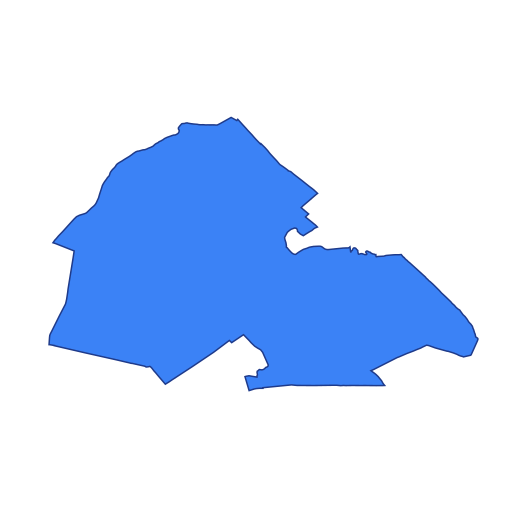 Halchiu, Brasov, Romania (Robinson projection), rotated 175°
{"feature_id": "2599482B28757811683034", "entity_name": "Halchiu", "entity_type": "district", "adm_level": 2, "iso_a3": "ROU", "parent_name": "Romania", "parent_adm1": "Brasov", "projection": "robinson", "projection_center": [25.516, 45.765], "detail": "fine", "context": "isolated", "style": "filled", "palette": "blue", "viewbox_px": 512, "rotation_deg": 175, "n_neighbors": 0, "source": "geoboundaries", "source_scale": "gbopen_adm2", "svg_char_len": 6052}
<svg xmlns="http://www.w3.org/2000/svg" viewBox="0 0 512 512"><g transform="rotate(175 256 256)"><path d="M317.8,394.3L318.4,394.2L319.8,393.0L320.9,391.9L321.7,391.0L322.2,390.3L322.2,389.4L322.1,388.9L322.0,388.5L321.7,388.3L321.6,388.1L321.5,387.6L321.7,386.9L322.2,385.8L322.7,385.2L323.3,384.7L324.6,384.1L325.5,383.7L326.4,383.6L327.2,383.7L329.2,383.3L330.6,382.9L334.1,382.0L336.3,381.2L336.8,381.0L337.2,380.8L338.2,380.1L341.0,378.8L342.3,378.4L342.7,378.2L343.2,377.8L343.6,377.5L345.7,376.7L346.5,376.3L348.0,375.2L348.5,374.7L349.4,374.2L351.5,373.4L354.0,372.7L355.5,372.1L357.4,371.6L357.9,371.6L359.3,371.6L359.9,371.5L363.4,370.8L365.1,370.7L366.5,370.3L367.9,369.6L369.8,368.5L370.8,367.8L371.9,367.2L373.4,366.3L378.5,363.8L381.5,362.2L383.5,361.3L385.4,360.3L386.6,359.5L387.1,359.0L387.7,358.3L388.2,357.4L388.5,357.2L390.1,355.7L391.4,354.7L392.8,353.2L393.7,352.1L394.1,351.4L394.8,349.7L395.2,348.8L395.9,348.1L397.1,347.1L397.9,346.0L400.4,343.2L401.8,341.3L402.9,339.6L404.2,336.4L406.3,331.5L407.8,327.6L410.6,322.7L411.7,321.3L413.0,320.1L414.1,319.3L415.1,318.6L415.7,318.2L419.6,315.0L420.2,314.5L421.2,313.8L421.8,313.5L422.7,313.2L428.3,312.0L431.4,310.8L434.0,308.7L439.2,303.9L446.4,297.2L451.0,293.2L453.5,290.7L455.0,289.4L457.1,286.9L454.5,285.8L436.7,276.9L438.5,269.5L446.1,239.5L446.7,236.5L448.4,229.5L449.3,226.6L450.0,224.7L457.0,213.7L465.8,199.3L467.7,196.3L468.4,194.8L468.8,192.8L469.9,185.7L469.1,185.6L464.6,184.4L464.7,184.2L458.5,182.2L435.2,174.6L403.7,164.6L394.6,161.6L391.8,160.7L389.6,159.9L389.0,159.9L377.3,156.2L376.2,155.8L375.6,155.3L375.1,155.0L373.7,155.0L372.2,155.1L371.4,155.3L370.8,154.9L369.5,153.3L367.2,149.7L366.7,149.2L366.2,148.5L362.8,143.6L357.5,136.2L353.5,138.2L350.5,139.9L329.0,151.4L306.6,163.8L289.9,174.2L287.8,171.8L275.3,178.7L270.1,172.3L268.5,170.1L265.2,166.3L262.4,164.1L259.6,162.2L257.8,159.5L253.3,146.4L253.6,145.3L255.0,144.3L255.9,144.2L256.2,144.0L256.8,143.4L257.5,142.9L257.9,142.6L259.0,142.2L259.8,142.1L260.3,142.1L261.0,142.2L262.4,142.6L262.6,142.6L264.5,141.2L264.8,141.1L265.1,140.1L264.9,137.4L265.1,137.1L265.4,136.7L265.6,135.3L270.8,136.6L272.9,137.2L273.6,137.3L275.6,137.1L276.0,137.1L277.5,136.8L274.6,122.5L269.2,123.7L267.1,123.9L263.9,123.9L260.6,123.6L260.6,124.2L242.5,124.4L231.9,124.5L226.5,123.5L209.5,121.9L191.6,120.6L186.9,120.2L183.2,119.5L181.5,119.4L180.6,119.5L177.9,119.1L170.9,118.6L162.6,117.8L158.8,117.5L147.6,116.4L139.8,115.8L139.1,115.8L140.0,117.1L140.7,118.3L141.8,120.8L144.2,124.3L144.7,125.1L146.6,127.3L147.8,128.5L148.8,129.4L150.6,130.9L151.5,131.7L148.9,132.6L124.0,142.6L122.4,143.0L114.3,145.7L107.5,147.6L104.2,148.7L100.7,149.7L99.5,150.1L98.2,150.7L93.8,152.3L91.7,151.7L90.8,151.3L85.4,148.8L74.2,144.6L72.9,144.3L68.0,142.3L64.3,140.5L62.8,139.5L61.0,138.6L59.0,137.9L58.1,137.4L50.9,138.4L50.3,138.8L42.7,152.4L42.2,153.7L42.1,154.0L42.4,154.8L44.2,156.3L44.5,159.1L44.9,160.1L45.7,163.9L46.2,165.1L46.3,166.0L46.7,167.4L47.2,168.1L47.5,168.7L48.0,169.5L49.2,170.9L49.9,171.9L50.7,173.5L51.1,174.4L52.3,176.3L53.0,177.4L54.9,179.5L55.5,180.5L57.4,183.7L57.7,184.3L59.4,185.6L60.3,186.5L61.2,187.4L61.8,188.3L62.7,189.6L64.1,191.0L65.0,192.0L65.6,193.0L66.0,193.5L66.5,194.1L69.9,198.0L74.5,203.1L76.5,205.8L82.1,212.4L84.6,215.1L86.1,216.5L86.8,217.5L88.5,219.3L88.9,220.1L103.8,236.2L104.6,236.8L105.1,237.5L105.5,237.8L105.7,238.3L107.0,239.4L107.2,239.8L107.7,240.2L108.1,240.9L108.7,241.7L109.0,241.7L109.3,242.0L109.5,242.5L109.8,242.7L109.9,242.9L110.1,243.1L110.5,243.8L111.2,244.8L113.3,244.8L116.9,245.1L119.7,245.2L126.5,245.2L127.7,244.9L128.9,244.7L131.1,244.8L134.2,244.9L136.2,244.8L136.4,244.9L136.5,245.7L136.5,247.0L136.8,247.0L137.3,247.0L137.7,247.1L138.0,247.5L138.3,247.6L139.0,247.7L139.8,248.1L140.6,248.5L141.0,248.7L141.4,249.3L141.6,249.5L142.1,249.9L142.9,250.1L143.3,250.3L143.9,250.8L144.4,251.1L145.0,251.3L145.3,251.3L145.9,251.0L146.4,250.4L146.1,249.6L145.7,249.2L145.4,248.3L145.5,248.1L145.7,247.9L146.2,247.7L146.5,247.8L147.3,247.9L147.8,248.0L148.9,248.6L149.6,248.8L150.1,249.1L151.0,249.2L151.5,249.2L153.1,248.8L153.4,248.8L153.7,249.0L153.9,249.2L154.0,249.6L154.0,250.1L154.0,250.6L154.2,251.3L154.2,251.7L154.1,252.2L154.1,252.5L154.4,253.0L155.0,253.6L155.2,253.8L155.8,254.8L156.3,255.2L156.8,255.4L157.2,255.5L157.9,255.5L158.4,255.2L158.8,254.7L159.1,254.2L159.4,253.6L159.5,253.2L160.5,252.7L160.9,252.2L161.3,251.2L161.6,256.9L162.4,256.3L163.4,256.0L166.2,256.2L168.6,256.3L183.3,256.1L184.5,256.2L185.6,256.5L186.6,256.9L187.4,257.5L189.5,259.4L190.4,259.9L191.5,260.2L192.6,260.3L197.9,260.5L201.2,260.2L202.4,260.0L204.5,259.3L208.1,258.5L209.5,257.9L212.1,256.6L213.3,256.0L215.9,254.4L216.4,254.2L216.9,254.2L217.9,254.5L218.6,254.8L220.1,256.0L221.8,258.1L223.0,259.7L224.2,261.5L224.9,261.9L225.0,262.5L224.8,263.4L225.0,266.5L225.3,267.9L225.8,270.2L225.9,271.5L225.9,272.0L225.6,272.5L222.8,276.8L221.5,277.8L219.0,279.4L218.1,279.7L215.2,280.5L213.5,280.1L213.0,279.5L212.5,278.4L212.5,276.9L212.3,276.7L209.9,274.0L207.1,272.1L203.9,273.8L201.9,274.8L199.9,275.8L198.4,276.4L197.6,276.9L196.3,277.9L195.1,278.6L192.3,279.5L194.1,281.7L195.6,283.1L197.3,284.8L199.1,286.5L201.4,288.7L203.0,290.2L203.3,290.6L200.8,292.6L199.9,293.3L206.8,300.2L204.7,302.0L203.7,302.7L198.5,306.4L191.2,311.7L189.2,313.0L192.7,316.9L197.2,321.0L203.7,327.2L211.5,334.4L213.8,336.8L214.8,337.4L216.5,338.1L216.5,338.4L218.9,340.6L221.7,343.0L224.1,344.9L224.7,345.6L227.2,349.2L229.5,352.1L232.3,355.7L233.5,357.3L235.2,360.0L237.6,363.2L241.3,367.5L241.6,367.0L242.0,367.4L242.4,367.9L245.8,372.1L247.9,374.9L249.3,376.9L253.2,381.8L255.1,384.4L257.8,387.9L259.3,389.9L262.1,393.6L262.3,393.8L263.3,392.6L268.7,396.2L280.3,391.0L283.1,389.9L284.1,389.9L285.9,390.2L287.7,390.4L289.1,390.5L293.4,390.9L294.3,390.9L297.2,391.4L299.9,391.6L301.3,391.8L303.0,392.3L305.3,392.7L306.0,392.8L308.9,393.4L312.0,394.2L312.6,394.5L313.6,394.6L314.1,394.6L314.7,394.5L315.4,394.3L316.5,394.3L317.8,394.3Z" fill="#3b82f6" stroke="#1e3a8a" stroke-width="1.5"/></g></svg>